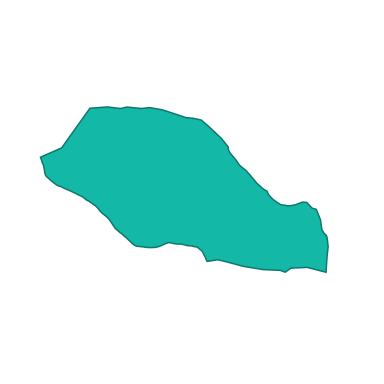 Yorke Hill, Castries, Saint Lucia, rotated 201°
{"feature_id": "8701671B255319431107", "entity_name": "Yorke Hill", "entity_type": "district", "adm_level": 2, "iso_a3": "LCA", "parent_name": "Saint Lucia", "parent_adm1": "Castries", "projection": "albers", "projection_center": [-60.979, 14.017], "detail": "fine", "context": "isolated", "style": "filled", "palette": "teal", "viewbox_px": 384, "rotation_deg": 201, "n_neighbors": 0, "source": "geoboundaries", "source_scale": "gbopen_adm2", "svg_char_len": 2585}
<svg xmlns="http://www.w3.org/2000/svg" viewBox="0 0 384 384"><g transform="rotate(201 192 192)"><path d="M209.2,262.5L217.5,261.2L224.1,259.3L249.1,258.1L253.8,257.2L261.9,255.6L269.2,251.8L283.2,248.0L288.7,244.3L301.5,241.1L317.3,233.6L329.5,186.5L345.9,170.2L343.9,167.8L342.5,166.0L341.1,164.6L339.7,163.0L338.8,161.4L338.1,160.4L336.1,156.7L334.6,155.1L333.3,154.2L330.6,153.3L329.1,152.7L327.5,152.0L323.4,150.7L321.0,150.1L319.6,149.9L317.8,149.9L316.2,150.1L313.6,149.8L311.3,149.6L308.6,149.5L305.9,149.4L304.2,149.3L301.9,149.1L300.2,149.1L298.7,148.8L297.0,148.6L294.9,148.5L292.4,148.3L287.6,146.7L284.7,146.4L277.4,144.6L275.8,144.0L274.8,143.5L272.7,142.3L270.8,141.1L268.6,140.2L266.4,139.4L265.0,139.0L262.9,138.3L261.5,137.7L260.4,137.2L259.5,136.7L258.9,136.3L257.2,135.2L255.9,134.3L255.0,133.6L252.9,132.1L251.4,131.0L249.6,130.0L248.4,129.7L246.3,128.9L244.6,128.3L242.3,127.7L239.2,126.4L236.9,125.8L234.6,124.7L232.0,123.7L229.6,122.6L227.2,121.8L224.7,121.5L223.0,121.8L221.7,122.3L220.0,122.7L219.0,122.9L217.1,123.5L216.0,123.6L214.2,124.1L212.5,124.6L211.1,125.1L209.0,126.0L207.5,126.6L206.1,127.3L204.6,128.3L203.3,129.3L201.4,131.0L199.0,133.5L197.9,134.6L196.2,136.0L194.7,136.7L193.2,137.0L191.7,137.1L190.7,137.3L188.8,137.7L187.0,138.2L185.4,138.8L183.6,139.4L182.4,139.6L180.7,139.9L179.3,140.1L176.6,140.4L175.0,140.9L172.4,141.7L170.1,141.8L168.5,142.3L167.0,142.3L165.3,141.8L164.2,141.3L162.0,140.6L160.3,139.6L158.4,137.7L156.4,136.1L155.5,135.0L154.2,133.6L153.0,132.6L143.6,138.0L134.4,139.2L117.1,141.0L97.6,145.1L81.5,150.5L76.3,150.5L72.3,156.4L57.4,162.9L38.1,165.1L40.8,173.7L42.9,180.6L45.3,189.8L49.5,197.8L51.2,199.8L51.7,199.9L53.6,200.6L57.2,203.3L62.0,212.0L69.7,220.3L74.2,220.0L81.1,223.4L85.2,222.2L91.1,216.9L96.9,213.6L99.9,213.0L101.6,212.7L103.3,212.2L105.4,212.1L107.7,212.6L109.2,212.8L110.1,213.2L111.4,213.5L112.2,213.7L113.6,214.1L115.6,215.0L116.2,215.2L117.4,215.8L118.9,216.6L119.9,217.3L120.9,218.2L121.6,219.0L122.4,219.7L123.7,219.9L125.2,220.1L125.8,220.2L127.2,220.6L128.3,221.0L129.4,221.5L130.5,221.9L131.2,222.1L133.6,223.0L135.1,223.6L135.8,224.1L137.4,225.0L138.8,225.8L139.6,226.3L141.0,227.0L142.4,227.8L143.6,228.5L145.0,229.2L146.1,229.7L147.1,230.3L149.7,231.6L151.6,232.1L154.2,233.0L156.4,233.7L158.1,234.6L159.4,235.5L160.8,236.5L162.1,237.4L163.1,238.1L164.7,238.9L166.1,239.6L167.2,240.3L168.4,240.9L169.9,241.9L171.2,242.7L172.2,243.5L172.8,244.3L173.3,244.8L173.8,245.7L174.1,246.3L174.3,247.0L183.7,252.5L199.5,259.0L209.2,262.5Z" fill="#14b8a6" stroke="#0f766e" stroke-width="1.5"/></g></svg>